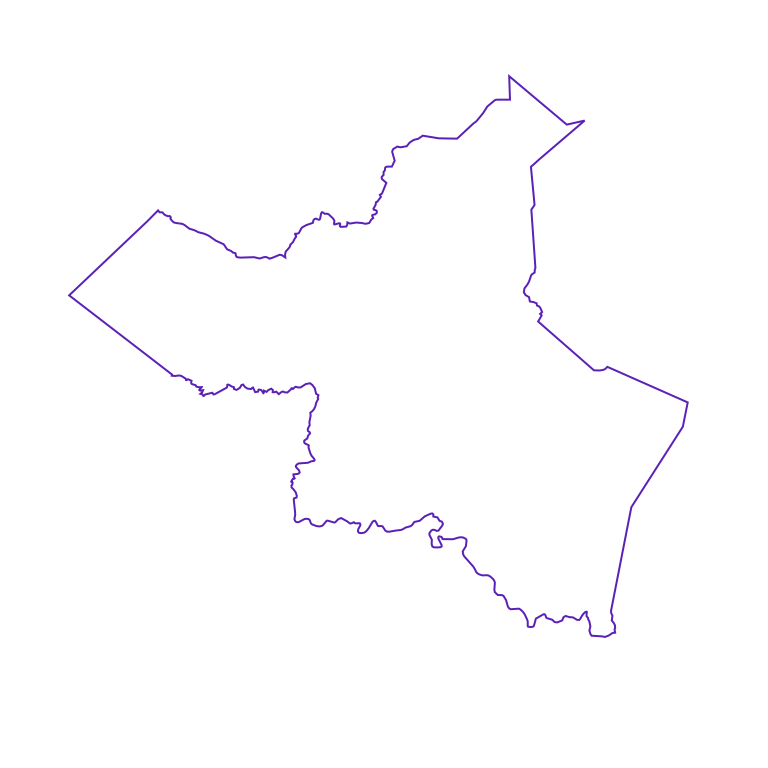 Esquias, Comayagua, Honduras, rotated 81°
{"feature_id": "27666195B47131670478697", "entity_name": "Esquias", "entity_type": "district", "adm_level": 2, "iso_a3": "HND", "parent_name": "Honduras", "parent_adm1": "Comayagua", "projection": "natural_earth1", "projection_center": [-87.395, 14.652], "detail": "fine", "context": "isolated", "style": "outline", "palette": "violet", "viewbox_px": 768, "rotation_deg": 81, "n_neighbors": 0, "source": "geoboundaries", "source_scale": "gbopen_adm2", "svg_char_len": 6162}
<svg xmlns="http://www.w3.org/2000/svg" viewBox="0 0 768 768"><g transform="rotate(81 384 384)"><path d="M247.2,681.1L341.6,591.8L342.6,592.3L343.4,589.3L343.5,585.0L344.4,582.8L347.6,579.1L349.2,578.9L349.3,578.4L348.6,576.9L350.7,573.6L352.6,574.3L353.6,574.1L354.2,573.4L355.7,570.3L357.3,569.7L358.3,567.0L358.5,564.5L358.8,564.6L360.5,567.1L361.1,567.4L361.8,566.6L361.8,563.7L363.8,564.9L365.0,566.8L365.7,565.1L367.5,564.3L367.4,563.4L366.4,562.3L365.8,554.9L367.6,554.1L367.7,553.0L363.0,539.9L362.4,539.4L360.3,538.9L360.1,538.3L360.8,536.9L362.6,534.9L363.6,532.8L365.4,533.0L366.8,530.5L365.2,526.9L362.7,524.9L362.5,523.2L365.1,521.9L367.2,519.5L368.2,516.1L367.1,514.6L367.0,513.9L371.9,512.5L371.8,509.5L370.0,508.9L369.9,508.5L370.7,506.2L374.2,504.6L373.9,504.1L371.8,503.6L373.4,501.2L371.9,499.2L371.0,496.1L372.6,494.7L374.7,495.2L375.0,493.8L374.7,491.6L377.6,489.5L375.9,486.6L375.6,485.5L375.8,484.5L376.6,483.7L377.3,480.8L375.0,477.2L373.8,476.1L373.8,475.6L374.4,475.4L374.7,474.8L372.9,472.0L373.2,470.8L374.0,469.5L374.3,466.9L371.8,461.1L371.7,456.9L373.9,454.8L377.5,453.0L383.0,452.6L384.8,450.5L387.1,451.6L388.4,451.3L391.9,453.9L395.3,455.3L397.6,456.8L399.6,459.0L400.9,461.3L403.8,461.4L410.1,463.7L413.0,463.8L415.9,466.0L417.3,466.5L418.6,466.4L419.9,465.0L421.1,464.7L423.2,467.1L425.8,468.3L427.4,471.6L429.2,472.0L430.3,471.4L432.8,467.9L435.0,468.5L440.9,467.6L443.7,466.7L447.2,464.6L448.3,464.4L449.0,465.2L449.0,468.1L449.9,471.4L449.1,480.7L449.8,482.5L451.1,483.9L452.3,483.9L456.1,481.4L458.1,481.1L458.9,481.9L459.3,483.4L459.1,487.6L460.9,487.7L463.2,487.0L463.6,487.7L463.4,488.9L465.9,490.9L466.3,490.7L466.4,489.9L467.2,489.7L469.1,490.3L469.6,491.2L471.7,491.5L474.0,489.8L477.3,488.1L480.9,487.6L482.5,488.2L482.8,490.6L483.9,491.2L497.2,491.9L499.8,492.3L503.3,493.6L505.1,493.3L506.4,492.5L506.9,491.4L507.1,490.0L505.0,483.8L504.9,482.1L505.3,480.5L505.8,479.4L506.7,478.7L510.1,478.0L511.3,477.2L513.7,473.0L514.6,470.0L514.5,467.9L514.0,466.5L510.1,462.0L510.2,460.9L513.1,454.7L512.8,453.6L510.4,450.4L509.7,447.3L513.7,442.1L516.5,439.3L516.5,437.8L515.8,435.4L516.6,434.9L517.3,433.5L517.7,429.8L518.8,429.3L519.9,429.5L523.3,432.1L525.2,432.8L526.9,432.2L527.7,430.1L527.8,427.1L526.9,424.9L524.0,421.6L518.4,417.0L517.7,415.7L517.6,414.5L518.5,413.8L523.2,412.2L523.6,411.3L523.7,409.5L524.4,407.7L529.2,405.5L530.3,404.0L530.7,401.9L530.6,395.4L530.8,390.0L530.3,387.8L529.2,385.3L528.6,380.1L527.8,378.4L525.0,375.6L524.7,370.2L521.1,364.4L519.4,358.3L519.4,356.6L520.4,355.7L522.6,356.0L524.1,352.1L527.9,350.5L528.9,348.5L531.3,347.6L533.0,348.7L537.3,353.1L537.4,354.8L535.9,357.1L535.6,358.6L536.2,360.3L538.0,362.1L539.1,362.7L540.3,362.7L545.3,361.1L549.6,362.0L552.2,361.6L553.1,360.2L553.8,356.7L554.0,353.8L553.5,352.5L552.1,352.3L545.2,354.5L543.7,354.3L543.1,353.5L543.9,351.3L545.0,350.6L546.2,350.5L546.5,349.6L548.1,340.1L547.3,334.2L547.4,332.0L548.0,329.8L549.7,327.5L550.7,327.0L551.8,327.0L557.0,328.5L561.6,332.4L564.3,332.5L566.5,331.9L578.3,324.4L580.8,323.3L584.0,322.4L585.7,321.3L586.9,319.8L588.4,316.8L589.0,312.1L589.5,310.7L591.0,308.9L593.8,306.7L595.8,305.8L597.8,305.6L604.5,307.2L606.9,307.1L610.2,304.6L611.0,300.4L612.0,299.1L616.7,297.2L623.1,296.5L625.2,295.5L626.3,294.0L627.0,285.9L628.1,284.5L630.5,282.6L633.4,281.1L639.3,279.4L641.1,279.2L645.5,279.9L646.3,279.6L647.1,276.8L646.9,274.4L646.0,273.6L639.5,270.7L636.4,262.5L636.5,261.6L637.1,260.9L640.0,260.3L640.7,259.8L643.1,254.8L645.8,252.7L646.6,250.3L645.4,245.0L642.5,243.2L641.5,241.0L643.2,237.5L644.1,233.8L647.1,230.3L647.6,228.2L646.7,226.9L644.1,224.9L642.1,222.9L640.8,221.0L640.6,219.5L641.1,219.3L643.1,220.0L645.2,220.2L646.9,219.1L648.4,219.1L650.7,218.3L655.8,218.1L659.6,219.7L663.3,219.2L665.1,218.3L667.3,208.4L668.4,205.3L667.6,201.4L665.6,197.1L665.8,194.6L662.6,194.7L661.0,193.8L658.2,193.7L656.3,194.3L653.2,196.0L648.6,194.6L646.0,195.4L643.7,195.3L544.4,159.0L472.9,95.5L449.7,86.9L402.0,160.7L403.8,163.2L404.3,165.1L404.4,168.9L403.3,174.5L346.4,222.0L341.0,217.6L340.4,217.7L339.2,218.8L337.7,216.6L333.3,217.7L331.7,218.6L330.4,220.6L328.1,220.7L326.5,223.5L325.3,227.0L320.9,227.2L318.2,230.4L317.0,230.7L315.9,231.4L314.8,231.4L311.5,230.3L308.3,226.9L305.5,224.7L299.7,221.7L298.7,220.5L297.5,217.8L294.4,217.1L293.1,216.3L234.9,211.2L230.7,207.3L192.5,204.9L186.1,195.0L155.2,144.6L156.4,162.9L99.6,212.2L122.9,215.1L120.9,227.4L120.8,229.3L121.3,230.6L126.0,238.4L132.2,244.0L139.0,251.7L140.7,255.0L153.1,273.4L149.9,291.5L144.8,306.9L147.2,312.0L147.5,316.0L148.4,318.5L149.7,321.1L152.7,324.3L152.8,330.7L151.6,333.7L153.3,338.0L154.5,339.0L156.0,339.6L165.1,338.5L170.5,342.2L169.8,347.0L170.0,348.3L170.6,349.0L173.3,349.8L174.4,351.2L177.6,351.8L178.9,353.7L179.9,354.1L181.5,353.8L185.7,350.2L195.6,356.2L196.5,358.5L198.7,357.8L203.0,362.2L202.9,363.0L203.2,363.4L206.0,364.4L209.2,367.0L210.2,366.9L211.0,365.0L212.1,364.0L214.0,364.5L215.1,366.3L215.1,368.2L215.4,369.1L215.9,369.4L218.4,368.7L219.5,370.7L222.7,373.5L222.9,377.1L221.4,381.1L220.2,386.2L220.2,392.6L218.7,394.9L221.2,395.5L222.6,396.6L222.0,402.3L221.0,402.9L219.1,402.2L218.4,402.5L218.2,403.4L218.7,407.7L218.5,408.2L217.7,408.3L215.5,407.5L213.8,407.8L212.3,408.6L207.6,412.2L206.9,413.7L206.5,416.1L205.0,417.5L204.6,418.4L205.8,419.5L210.6,421.2L211.5,421.9L211.6,422.8L210.0,425.3L210.2,426.8L211.1,428.0L213.7,429.1L214.9,435.8L216.4,440.0L217.1,441.1L221.6,444.5L222.0,446.1L221.7,448.2L222.5,448.4L224.0,447.7L224.9,447.8L226.0,449.1L229.6,451.7L231.9,454.9L233.0,455.1L234.4,456.2L237.9,460.4L241.0,461.5L243.6,461.7L240.8,464.7L240.0,466.7L241.9,474.6L242.3,477.6L241.5,478.3L240.0,480.9L240.0,483.2L240.6,487.1L238.4,492.6L236.7,506.2L236.0,508.5L235.4,509.7L233.9,510.2L231.7,510.2L231.1,511.1L230.7,512.5L228.8,514.1L226.4,517.9L220.9,520.5L216.2,527.6L210.2,533.8L207.5,537.9L205.0,543.7L202.5,547.1L200.1,552.0L195.9,556.0L194.3,558.1L192.5,564.1L191.4,566.6L187.9,568.9L187.2,569.1L186.1,568.5L185.0,568.9L184.6,569.5L184.5,571.1L183.3,573.2L182.2,574.5L179.9,575.9L179.2,578.9L177.2,580.0L186.1,592.1L247.2,681.1Z" fill="none" stroke="#5b21b6" stroke-width="2"/></g></svg>